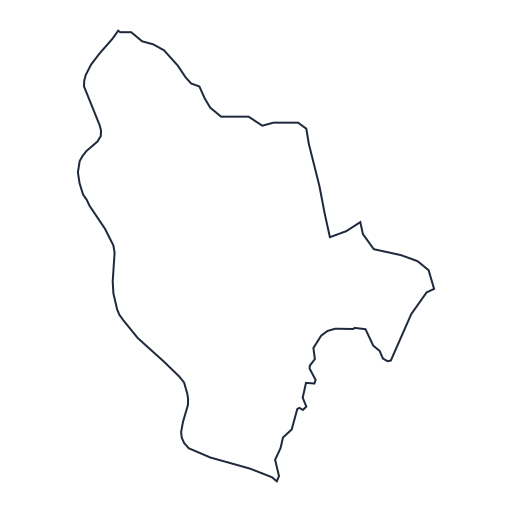 Kim Chaek City, Hamgyŏng-bukto, North Korea
{"feature_id": "82179303B42335507852567", "entity_name": "Kim Chaek City", "entity_type": "district", "adm_level": 2, "iso_a3": "PRK", "parent_name": "North Korea", "parent_adm1": "Hamgyŏng-bukto", "projection": "mercator", "projection_center": [129.122, 40.77], "detail": "fine", "context": "isolated", "style": "outline", "palette": "slate", "viewbox_px": 512, "rotation_deg": 0, "n_neighbors": 0, "source": "geoboundaries", "source_scale": "gbopen_adm2", "svg_char_len": 1403}
<svg xmlns="http://www.w3.org/2000/svg" viewBox="0 0 512 512"><path d="M360.3,222.1L346.4,231.1L329.9,237.2L324.6,213.1L319.4,186.0L314.1,164.9L308.8,143.8L306.3,128.7L298.1,122.7L284.3,122.7L273.3,122.7L262.3,125.7L248.6,116.7L232.1,116.7L221.1,116.7L210.2,107.6L204.8,98.6L199.4,86.5L191.2,83.5L185.7,77.5L177.6,65.4L164.0,50.3L153.1,44.3L142.1,41.3L131.2,32.2L120.2,32.2L118.2,30.7L112.5,38.7L99.2,53.9L91.0,64.7L85.6,75.3L84.2,80.8L84.0,86.4L99.6,125.1L101.0,130.4L100.8,136.0L97.5,141.5L86.3,151.1L82.5,156.1L79.7,161.0L77.9,172.2L79.5,183.0L83.0,194.4L86.8,200.0L89.6,205.9L105.0,228.8L113.4,245.5L114.6,252.6L112.7,281.6L113.4,293.4L117.2,309.7L119.5,315.0L123.5,320.5L137.8,338.1L164.2,361.9L179.4,376.7L184.1,382.6L187.2,393.4L188.1,398.9L187.9,405.1L183.0,421.8L181.1,432.2L181.8,437.8L184.1,443.0L188.8,448.3L210.3,457.5L249.9,468.6L271.9,477.2L276.8,481.3L279.0,476.1L275.1,459.8L280.5,448.2L283.0,437.5L289.6,431.4L291.7,429.4L297.3,409.0L299.4,407.9L303.0,409.9L306.3,406.6L302.7,397.7L306.0,382.9L314.4,383.5L315.6,379.8L309.6,368.6L309.8,365.6L314.9,359.1L313.4,348.0L321.2,335.6L327.6,330.9L335.4,328.7L353.1,329.0L354.7,327.9L365.5,329.2L373.2,345.6L379.6,350.9L382.9,358.5L387.5,361.2L390.8,360.6L411.3,314.0L426.6,292.4L433.7,289.1L434.1,288.9L428.6,270.2L417.6,261.2L401.2,255.2L387.5,252.2L373.8,249.2L362.9,234.1L360.3,222.1Z" fill="none" stroke="#1e293b" stroke-width="2"/></svg>